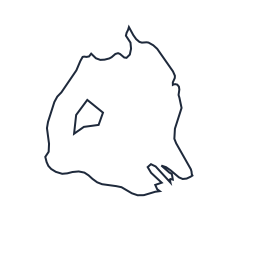 an SVG outline of Pampanga, rotated 309°
{"feature_id": "PHL-2558", "entity_name": "Pampanga", "entity_type": "Province", "adm_level": 1, "iso_a3": "PHL", "parent_name": "Philippines", "parent_adm1": "", "projection": "natural_earth1", "projection_center": [120.674, 15.026], "detail": "fine", "context": "isolated", "style": "outline", "palette": "slate", "viewbox_px": 256, "rotation_deg": 309, "n_neighbors": 0, "source": "natural_earth", "source_scale": "10m", "svg_char_len": 1400}
<svg xmlns="http://www.w3.org/2000/svg" viewBox="0 0 256 256"><g transform="rotate(309 128 128)"><path d="M131.6,208.0L129.3,207.2L125.6,205.4L122.8,202.6L121.7,198.7L121.9,187.6L121.5,182.2L119.8,177.6L119.4,188.1L119.8,190.9L119.0,192.0L116.1,195.3L115.0,193.1L114.2,192.9L112.3,195.3L115.5,173.7L114.3,168.6L110.0,167.9L107.7,174.2L106.7,188.6L100.9,185.0L98.8,189.2L98.9,192.4L95.6,189.3L85.8,182.6L81.8,177.8L79.7,172.1L77.9,160.2L75.4,155.4L68.0,143.2L66.4,138.2L66.1,132.4L66.4,127.2L65.9,122.2L63.2,117.0L58.8,112.5L54.6,109.4L51.0,105.7L48.5,99.5L47.8,94.1L48.4,90.0L50.3,86.2L53.5,81.9L59.6,81.3L66.0,76.6L76.9,65.1L82.4,62.0L101.9,54.4L107.9,53.3L113.8,53.8L140.3,51.6L150.1,48.8L154.7,48.0L155.9,49.0L157.1,51.0L159.1,52.7L162.6,52.6L162.0,59.2L163.5,63.6L166.4,66.8L170.3,69.7L172.7,70.7L177.6,71.6L179.9,73.2L180.5,75.2L180.4,80.7L181.6,82.7L186.2,83.2L191.5,80.5L195.9,76.2L198.4,68.3L201.1,67.0L204.3,66.3L207.0,65.2L203.5,73.7L202.2,78.4L202.1,82.7L203.1,85.1L206.3,88.5L207.3,90.2L208.2,95.6L207.9,100.9L200.3,127.3L198.1,131.6L196.3,132.9L191.7,134.1L189.8,135.7L190.5,136.0L191.8,137.1L192.7,139.0L192.2,141.5L190.2,143.7L185.5,146.5L183.8,149.0L177.3,157.0L157.0,164.9L148.8,170.8L146.4,175.1L135.5,202.8L134.1,204.8L132.3,206.6L131.6,208.0ZM111.9,103.2L124.2,98.9L124.2,78.7L105.5,79.5L89.6,89.7L101.1,93.0L111.9,103.2Z" fill="none" stroke="#1e293b" stroke-width="2"/></g></svg>